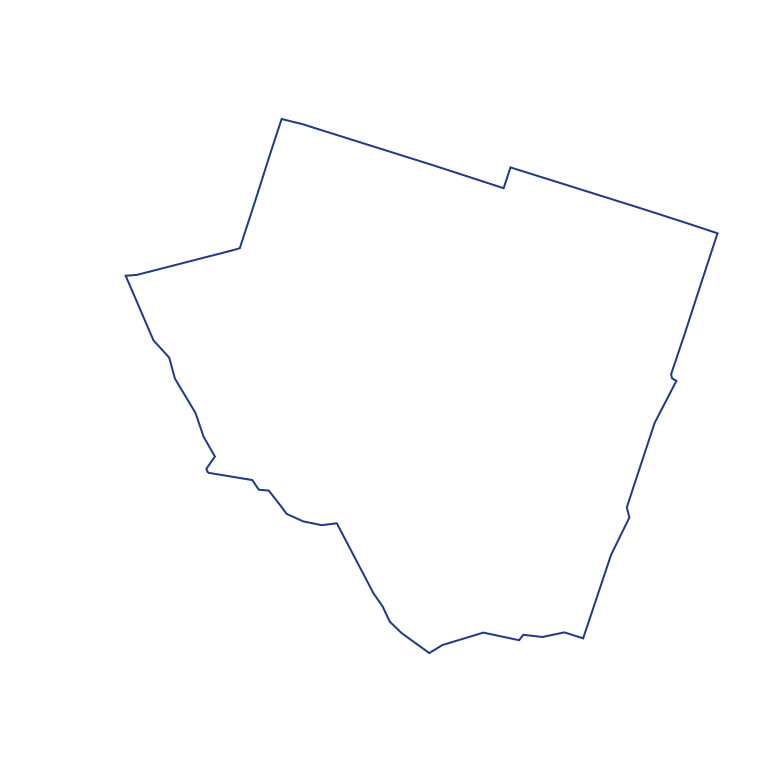 outline of Cobb, Georgia, United States of America, rotated 107°
{"feature_id": "52423323B33161385317476", "entity_name": "Cobb", "entity_type": "district", "adm_level": 2, "iso_a3": "USA", "parent_name": "United States of America", "parent_adm1": "Georgia", "projection": "natural_earth1", "projection_center": [-84.542, 33.913], "detail": "fine", "context": "isolated", "style": "outline", "palette": "blue", "viewbox_px": 768, "rotation_deg": 107, "n_neighbors": 0, "source": "geoboundaries", "source_scale": "gbopen_adm2", "svg_char_len": 850}
<svg xmlns="http://www.w3.org/2000/svg" viewBox="0 0 768 768"><g transform="rotate(107 384 384)"><path d="M142.4,109.1L141.6,145.4L140.9,190.6L139.9,326.4L161.8,326.8L160.5,398.9L159.5,524.2L159.3,536.5L160.5,559.4L200.9,560.2L246.7,560.7L296.3,561.6L299.9,567.1L352.0,652.4L356.0,662.7L409.7,617.2L421.6,597.1L440.0,585.5L466.8,555.8L487.2,541.1L502.8,524.5L517.0,529.1L519.7,527.1L520.2,525.4L514.4,481.9L521.7,472.8L519.6,463.0L531.3,446.4L536.7,439.1L539.0,421.0L537.2,402.3L531.0,388.4L587.4,332.7L597.0,320.4L609.5,309.1L617.0,294.5L628.1,262.0L616.6,251.9L592.7,216.3L589.5,179.9L583.1,177.4L579.6,158.5L568.8,138.9L569.0,119.2L480.9,116.9L439.9,110.3L431.1,115.7L408.9,115.3L364.7,114.3L364.4,114.3L342.1,113.8L295.5,105.3L294.4,110.1L290.9,112.3L247.6,111.1L189.9,110.1L142.4,109.1Z" fill="none" stroke="#1e3a8a" stroke-width="2"/></g></svg>